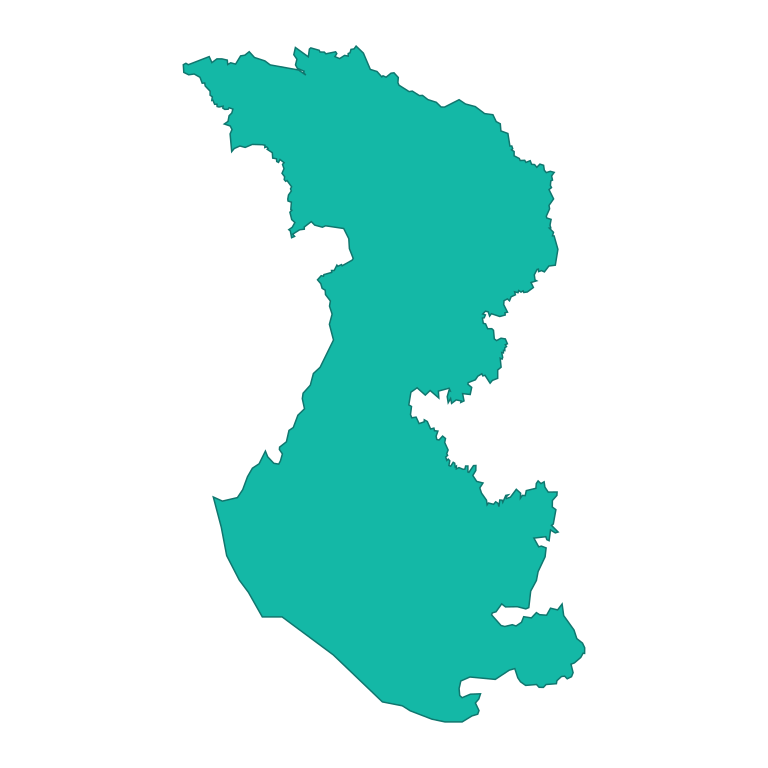 the district of North East Gonja, Northern, Ghana
{"feature_id": "2480657B30922977157044", "entity_name": "North East Gonja", "entity_type": "district", "adm_level": 2, "iso_a3": "GHA", "parent_name": "Ghana", "parent_adm1": "Northern", "projection": "robinson", "projection_center": [-0.531, 8.741], "detail": "fine", "context": "isolated", "style": "filled", "palette": "teal", "viewbox_px": 768, "rotation_deg": 0, "n_neighbors": 0, "source": "geoboundaries", "source_scale": "gbopen_adm2", "svg_char_len": 6061}
<svg xmlns="http://www.w3.org/2000/svg" viewBox="0 0 768 768"><path d="M554.2,172.4L550.3,171.3L546.3,172.6L544.3,170.2L543.6,165.3L539.9,164.1L536.8,167.3L534.6,164.6L531.6,164.3L530.2,160.7L526.0,162.4L524.7,160.3L520.2,160.5L519.3,158.5L514.1,155.8L514.1,151.5L511.5,149.8L512.7,148.7L511.8,146.0L509.9,146.0L507.9,133.5L500.9,130.9L500.3,123.8L496.2,121.6L492.9,114.7L484.6,113.6L475.3,106.6L465.5,104.0L459.1,99.7L444.5,107.1L441.1,107.0L436.3,102.3L427.9,99.6L422.5,95.4L419.4,95.6L412.3,91.1L409.1,91.6L399.0,85.2L397.9,82.6L398.3,77.5L394.0,72.8L391.0,73.2L386.1,77.2L383.0,75.8L381.8,76.9L377.0,71.5L370.3,69.4L363.4,53.1L356.1,46.1L354.0,48.9L351.0,49.4L350.0,52.8L348.2,53.5L348.2,56.1L344.6,55.4L339.6,58.6L334.9,56.6L336.8,53.6L335.6,51.8L325.9,53.8L324.3,52.1L320.0,52.0L319.2,50.3L310.8,47.9L309.4,49.1L308.3,56.8L295.4,47.5L293.8,54.7L296.9,59.2L295.5,64.9L297.4,68.3L304.1,71.2L303.6,72.6L305.8,75.1L298.5,70.0L270.2,64.9L264.9,60.9L254.5,57.5L249.2,51.7L244.8,55.2L240.6,55.9L235.6,64.1L230.7,62.8L227.7,64.5L227.3,60.1L222.0,58.9L216.9,58.9L211.9,62.6L209.2,56.6L188.3,64.7L185.9,63.3L183.3,64.7L183.8,72.4L188.7,74.8L194.2,74.0L200.0,77.3L202.2,83.2L204.7,83.0L205.2,86.0L210.1,91.2L210.1,95.2L212.3,96.8L211.8,100.5L213.0,100.3L214.6,104.3L216.9,104.2L217.1,106.5L219.0,107.0L223.1,106.2L222.8,108.1L224.8,109.4L228.2,109.2L229.1,107.7L232.9,109.1L231.8,113.0L229.1,115.7L228.0,121.4L224.3,124.0L230.2,126.0L232.0,129.5L230.1,133.9L231.7,151.6L234.3,148.5L239.9,146.0L245.2,147.4L252.3,144.4L262.5,144.7L265.0,145.3L264.8,147.5L266.6,146.8L268.1,148.4L267.2,149.3L272.3,152.7L272.7,158.1L276.5,158.8L276.7,161.5L278.5,162.4L280.0,159.5L284.1,162.7L282.5,164.4L284.0,168.7L282.0,173.3L284.6,176.7L284.2,179.6L285.7,181.3L287.0,180.5L291.6,186.8L290.5,188.8L291.3,191.0L288.5,195.0L287.8,199.0L288.0,201.0L291.4,202.2L290.8,209.5L291.8,210.2L289.9,212.2L291.7,219.6L294.9,222.5L292.2,227.3L288.8,229.7L290.3,230.9L291.6,237.7L294.6,236.4L292.7,234.2L299.6,229.8L304.3,229.2L304.3,227.0L311.3,221.6L314.7,225.1L322.4,227.2L325.6,225.8L343.7,228.5L348.8,238.7L349.4,248.7L353.2,258.4L352.2,260.1L342.1,265.8L341.5,264.6L337.8,266.3L336.9,265.1L334.2,270.5L331.5,270.5L331.7,272.4L323.9,274.6L323.5,276.2L321.2,275.7L317.5,279.8L320.8,283.7L322.1,288.3L325.2,290.2L325.5,294.6L330.4,301.0L329.5,306.1L332.1,314.1L329.4,324.3L333.5,340.0L320.1,367.3L313.4,373.5L310.3,385.2L303.1,393.2L302.3,398.6L304.5,408.8L297.9,415.2L293.3,427.5L289.0,430.4L286.4,441.8L279.6,447.1L279.4,449.5L282.4,453.9L280.4,461.0L278.7,464.1L273.8,463.3L267.7,456.8L265.4,451.1L259.1,463.8L252.4,468.2L247.5,476.7L242.7,489.7L237.4,497.6L222.4,501.1L213.3,497.0L221.3,527.3L226.7,555.7L239.3,580.1L248.4,592.3L262.3,616.9L282.1,616.9L333.3,654.9L382.4,701.9L402.3,705.8L410.2,710.8L432.0,719.2L444.9,721.9L462.2,721.9L472.0,715.9L477.7,714.2L479.0,710.6L475.4,703.0L478.8,699.0L480.5,693.8L470.4,694.2L462.1,697.7L459.7,695.5L459.1,688.5L460.8,681.0L469.9,677.0L495.3,679.4L509.2,670.2L514.8,668.6L517.8,677.8L520.5,681.8L525.6,685.4L536.5,684.5L539.1,687.3L543.4,687.4L546.1,684.5L556.4,683.7L556.9,680.7L561.5,676.5L564.7,676.2L567.2,678.8L571.5,676.7L573.1,672.7L571.0,664.2L574.4,662.9L580.8,657.4L583.1,653.2L584.6,653.4L584.7,647.8L582.5,643.1L576.8,638.6L574.0,630.0L563.7,615.6L562.1,604.0L557.6,609.9L550.5,608.2L546.6,615.2L539.6,614.7L536.4,612.6L531.4,617.9L523.7,616.7L521.5,622.3L516.0,626.0L512.3,624.7L504.8,626.5L501.0,625.5L491.6,614.9L492.3,612.9L496.0,611.8L501.7,603.9L505.5,606.9L517.4,606.7L525.8,608.9L528.8,607.6L530.7,591.1L536.4,580.5L538.1,571.6L545.1,556.8L546.1,547.9L541.4,546.1L538.7,546.8L533.9,538.1L545.8,536.7L546.8,539.6L549.1,540.7L550.5,530.0L555.3,532.9L558.1,532.0L551.5,525.4L553.3,524.0L555.9,509.7L552.3,507.0L552.4,500.5L556.9,495.4L557.1,492.0L548.2,492.1L544.9,487.1L544.1,481.8L540.9,483.6L538.1,480.9L536.3,483.5L535.9,488.3L526.3,490.6L525.2,495.6L522.4,495.4L520.4,498.2L520.6,493.2L516.3,489.3L510.4,497.2L506.4,498.5L505.9,497.1L508.2,494.9L505.8,495.4L502.8,502.3L502.2,500.2L499.8,500.0L498.9,506.6L498.1,503.4L495.7,501.8L493.6,504.3L488.4,503.0L487.1,504.8L486.5,500.2L481.5,493.1L479.8,487.9L483.0,483.0L476.7,481.4L472.8,475.5L475.8,470.5L475.9,465.5L473.5,465.6L468.9,472.4L467.9,472.0L467.9,466.0L465.6,466.0L464.9,469.1L463.1,469.3L459.0,467.6L456.3,468.9L456.4,466.1L455.2,467.0L454.7,463.2L453.2,462.3L450.7,466.2L448.9,465.5L449.8,460.8L448.2,459.1L446.8,460.4L445.7,457.0L447.6,455.4L446.7,453.6L448.1,450.0L444.7,442.5L445.5,438.5L442.6,436.1L439.0,440.0L436.8,439.5L436.1,436.2L437.9,431.1L434.5,430.7L433.9,428.1L430.6,429.0L427.3,421.5L424.3,419.8L424.2,421.8L419.1,423.6L416.1,417.1L411.8,417.8L410.5,414.6L411.5,406.5L408.8,404.9L410.9,392.2L417.1,387.8L425.3,395.1L430.1,390.5L438.8,398.0L438.4,391.1L449.1,388.2L450.2,390.9L449.0,390.4L447.2,396.7L448.2,402.7L450.6,398.5L451.6,403.4L456.2,399.9L461.1,400.9L460.8,402.4L464.0,400.9L462.6,393.6L470.2,394.5L471.7,387.4L467.9,384.3L468.2,382.6L475.4,379.8L477.8,376.2L481.8,373.8L482.8,375.9L485.0,375.3L490.1,383.2L492.4,380.4L497.7,378.3L497.7,370.0L501.1,367.2L500.2,358.2L502.1,359.1L502.7,357.4L501.7,352.5L503.4,352.9L503.5,350.3L504.8,350.6L504.8,347.7L506.5,346.6L505.3,344.7L507.4,343.8L505.3,338.9L501.0,338.2L496.6,340.6L494.3,338.9L493.5,330.3L491.8,328.7L487.6,328.7L485.6,323.9L483.3,323.3L482.4,318.1L484.2,317.8L485.4,314.9L482.7,314.0L485.4,311.2L488.2,311.8L489.6,316.1L491.4,313.7L499.8,316.5L505.2,315.0L505.0,312.7L507.5,312.2L503.7,304.6L504.0,300.7L507.4,298.9L509.5,300.8L511.1,296.8L515.4,294.8L514.6,291.8L518.0,292.7L518.8,290.5L521.0,292.1L523.1,290.9L523.8,292.5L527.3,292.0L533.4,287.5L531.0,282.5L536.6,280.8L535.0,279.9L534.3,274.8L537.1,269.4L538.4,269.1L538.6,271.6L541.5,270.6L544.4,271.9L548.9,266.0L555.3,265.2L557.9,249.3L554.1,235.9L552.5,235.8L553.5,232.3L549.3,228.1L550.8,227.9L550.0,225.2L551.1,219.4L546.8,218.0L546.3,216.2L549.6,208.8L549.0,205.4L553.6,198.9L549.0,189.6L551.5,187.6L550.4,185.5L550.8,180.9L552.5,180.1L551.6,175.9L554.2,172.4Z" fill="#14b8a6" stroke="#0f766e" stroke-width="1.5"/></svg>